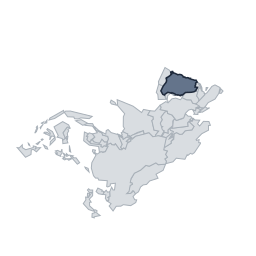 where Saudi Arabia sits in Asia, rotated 137°
{"feature_id": "SAU", "entity_name": "Saudi Arabia", "entity_type": "country or territory", "adm_level": 0, "iso_a3": "SAU", "parent_name": "Asia", "parent_adm1": "", "projection": "natural_earth1", "projection_center": [44.88, 24.248], "detail": "fine", "context": "in_parent", "style": "filled", "palette": "slate", "viewbox_px": 256, "rotation_deg": 137, "n_neighbors": 45, "source": "natural_earth", "source_scale": "50m", "svg_char_len": 16193}
<svg xmlns="http://www.w3.org/2000/svg" viewBox="0 0 256 256"><g transform="rotate(137 128 128)"><path d="M124.6,76.1L122.6,77.5L122.2,80.3L119.1,79.7L118.6,83.1L115.0,84.3L116.8,87.6L116.1,89.2L106.7,87.4L105.7,88.9L102.2,88.5L98.6,92.4L95.6,91.5L94.4,87.9L92.4,86.5L88.1,87.0L82.5,83.0L78.7,84.1L79.1,91.2L76.1,89.2L73.7,90.3L73.6,88.3L70.2,84.8L74.3,83.6L74.2,80.6L68.3,81.4L64.4,77.6L65.9,73.8L67.5,74.9L70.6,71.5L77.9,73.5L86.1,73.1L86.4,72.2L83.9,71.0L86.3,69.1L85.1,67.8L85.7,67.2L96.3,64.7L98.9,65.1L99.6,66.9L103.0,67.1L103.0,68.1L107.7,66.3L113.3,73.0L118.2,72.6L124.6,76.1Z" fill="#d9dde1" stroke="#a8b0b8" stroke-width="1"/><path d="M79.1,91.2L78.7,84.1L82.5,83.0L88.1,87.0L92.4,86.5L94.4,87.9L95.6,91.5L98.0,92.4L101.9,89.3L101.2,90.8L105.4,92.0L103.5,93.4L101.7,93.3L101.7,91.9L99.7,92.3L98.6,94.6L97.3,94.5L98.6,97.3L97.9,99.3L83.0,88.4L80.8,91.2L79.1,91.2Z" fill="#d9dde1" stroke="#a8b0b8" stroke-width="1"/><path d="M222.9,176.5L222.4,189.2L221.1,187.6L216.8,187.8L218.7,185.7L217.6,181.9L210.6,178.3L209.5,179.5L207.9,177.0L210.7,175.8L208.3,175.8L205.4,173.3L211.2,173.0L211.9,176.9L213.6,178.0L217.0,174.8L222.9,176.5ZM195.7,188.7L194.6,191.1L193.0,191.3L194.0,189.5L195.7,188.7ZM211.3,184.9L211.2,183.4L211.9,182.0L212.2,183.5L211.3,184.9ZM184.2,163.5L183.3,165.2L186.1,169.7L184.2,170.0L181.3,179.3L171.4,177.2L169.3,170.7L170.5,167.6L171.9,170.0L177.4,169.1L178.8,168.7L180.8,163.1L184.2,163.5ZM201.0,178.1L205.3,177.5L205.9,179.0L201.0,178.1ZM199.3,178.8L198.1,178.5L197.8,177.6L199.5,177.6L199.3,178.8ZM201.1,167.3L202.4,169.3L201.4,173.2L200.2,169.5L201.1,167.3ZM189.3,169.0L196.6,168.7L194.0,171.0L188.1,171.0L187.9,172.5L189.4,174.2L193.4,172.7L190.3,175.2L193.0,181.8L191.4,181.7L192.3,180.1L190.2,180.4L189.4,176.6L188.3,177.2L188.4,182.2L187.3,182.5L185.7,176.9L187.5,171.2L189.3,169.0ZM188.5,190.8L185.6,190.0L187.2,189.6L188.5,190.8ZM187.3,188.6L190.8,187.9L192.3,187.2L192.0,188.3L187.3,188.6ZM183.9,187.2L185.9,188.4L181.9,189.0L183.9,187.2ZM164.3,182.9L175.2,185.0L180.3,187.7L178.3,188.5L163.1,184.8L164.3,182.9ZM160.1,172.9L164.5,177.4L163.9,182.8L162.1,182.9L158.6,179.7L146.3,160.9L150.0,161.3L155.4,167.4L158.5,168.8L160.8,171.3L160.1,172.9Z" fill="#d9dde1" stroke="#a8b0b8" stroke-width="1"/><path d="M195.8,189.7L197.3,187.8L199.7,187.8L195.8,189.7Z" fill="#d9dde1" stroke="#a8b0b8" stroke-width="1"/><path d="M47.7,106.8L46.2,109.5L46.0,114.2L45.1,110.8L46.5,107.2L47.7,106.8Z" fill="#d9dde1" stroke="#a8b0b8" stroke-width="1"/><path d="M48.9,105.0L46.5,107.1L48.7,104.2L48.9,105.0Z" fill="#d9dde1" stroke="#a8b0b8" stroke-width="1"/><path d="M47.2,108.5L46.1,110.5L46.6,108.2L47.2,108.5Z" fill="#d9dde1" stroke="#a8b0b8" stroke-width="1"/><path d="M47.2,108.5L52.4,106.6L53.0,109.0L49.5,110.2L51.0,112.2L47.9,114.7L46.0,114.2L47.2,108.5Z" fill="#d9dde1" stroke="#a8b0b8" stroke-width="1"/><path d="M72.9,124.4L76.9,124.6L80.5,121.5L78.6,127.8L73.7,126.8L72.9,124.4Z" fill="#d9dde1" stroke="#a8b0b8" stroke-width="1"/><path d="M71.7,123.4L71.5,122.0L72.4,120.8L72.9,122.5L71.7,123.4Z" fill="#d9dde1" stroke="#a8b0b8" stroke-width="1"/><path d="M65.9,113.1L67.7,116.0L64.7,114.9L65.9,113.1Z" fill="#d9dde1" stroke="#a8b0b8" stroke-width="1"/><path d="M53.0,109.0L52.4,106.6L55.9,104.6L56.4,100.8L58.7,98.8L61.9,99.2L63.9,102.1L62.9,105.4L65.9,108.4L67.9,113.3L61.7,114.8L53.0,109.0Z" fill="#d9dde1" stroke="#a8b0b8" stroke-width="1"/><path d="M78.9,127.4L80.7,123.1L86.4,128.2L83.3,132.2L83.1,134.7L75.6,139.2L73.7,134.6L78.7,132.7L79.7,128.8L78.9,127.4ZM80.8,120.4L80.2,120.9L80.6,120.2L80.8,120.4Z" fill="#d9dde1" stroke="#a8b0b8" stroke-width="1"/><path d="M158.0,147.9L158.4,143.9L163.5,144.6L164.2,143.2L166.2,145.2L166.1,147.6L163.4,149.1L164.2,150.2L159.7,150.9L158.0,147.9Z" fill="#d9dde1" stroke="#a8b0b8" stroke-width="1"/><path d="M162.1,143.8L158.4,143.9L158.0,147.9L153.7,145.5L152.7,153.6L157.7,159.4L156.1,160.5L150.9,155.3L153.0,148.4L150.4,142.2L151.4,140.1L148.5,135.7L149.8,133.2L152.7,131.9L154.8,133.7L154.8,137.5L158.2,136.0L160.8,137.7L162.5,141.3L162.1,143.8Z" fill="#d9dde1" stroke="#a8b0b8" stroke-width="1"/><path d="M165.7,144.0L162.1,143.8L162.5,141.3L159.4,136.1L154.8,137.5L154.8,133.7L152.7,131.9L155.4,130.4L154.9,128.2L157.7,131.2L159.8,131.2L160.6,132.9L159.1,134.1L165.3,140.6L165.7,144.0Z" fill="#d9dde1" stroke="#a8b0b8" stroke-width="1"/><path d="M152.7,131.9L149.8,133.2L148.5,135.7L151.4,140.1L150.4,142.2L153.0,148.4L151.5,152.2L151.1,146.1L148.4,138.7L145.6,141.0L143.6,140.4L143.5,136.2L139.7,129.8L143.4,119.9L146.5,118.9L146.5,116.6L148.9,118.0L148.0,125.1L149.6,124.8L151.3,126.9L151.0,128.6L154.2,129.1L152.7,131.9Z" fill="#d9dde1" stroke="#a8b0b8" stroke-width="1"/><path d="M161.1,151.2L164.2,150.2L163.4,149.1L166.1,147.6L165.9,142.0L159.1,134.1L160.6,132.9L159.8,131.2L157.7,131.2L155.7,127.9L160.7,126.1L165.5,129.7L162.1,134.5L168.0,141.9L169.1,148.9L162.6,154.8L161.1,151.2Z" fill="#d9dde1" stroke="#a8b0b8" stroke-width="1"/><path d="M193.1,89.1L192.6,92.0L189.8,94.2L191.7,96.9L186.4,97.4L186.7,94.9L184.7,93.9L185.6,92.6L187.7,90.2L189.9,90.9L189.4,89.9L191.7,88.0L193.1,89.1Z" fill="#d9dde1" stroke="#a8b0b8" stroke-width="1"/><path d="M188.8,98.1L191.7,96.4L194.4,100.0L194.7,103.3L191.0,104.6L189.2,100.1L190.3,99.7L188.8,98.1Z" fill="#d9dde1" stroke="#a8b0b8" stroke-width="1"/><path d="M125.2,75.9L131.2,73.1L139.0,75.1L140.3,70.8L148.3,74.5L152.9,74.1L155.7,76.0L159.0,76.3L163.8,74.2L167.5,74.8L167.4,78.9L170.6,78.3L173.8,80.2L165.6,84.5L163.0,83.9L162.6,85.1L163.7,86.5L161.9,88.2L154.2,90.6L147.4,88.6L140.5,88.5L138.4,85.5L131.4,83.5L130.9,80.5L125.2,75.9Z" fill="#d9dde1" stroke="#a8b0b8" stroke-width="1"/><path d="M146.5,116.6L146.5,118.9L143.4,119.9L140.2,128.7L139.1,125.6L138.5,126.9L137.5,125.9L139.2,123.0L135.2,122.4L132.8,120.1L132.3,121.4L133.6,122.5L132.3,123.9L133.4,124.4L134.1,129.4L131.0,129.8L130.4,132.4L123.7,139.4L120.7,140.7L120.3,151.4L116.6,156.1L109.4,140.5L107.5,130.0L104.0,131.0L100.0,125.5L104.6,124.2L101.9,119.1L103.5,117.1L105.4,117.2L110.4,108.7L107.6,104.8L112.5,104.1L113.9,102.5L115.8,104.7L116.0,110.2L120.1,112.8L118.7,115.5L124.1,118.3L132.0,120.2L132.7,116.9L133.1,118.8L134.6,119.6L138.3,119.3L137.6,117.5L144.3,114.2L144.8,116.3L146.5,116.6Z" fill="#d9dde1" stroke="#a8b0b8" stroke-width="1"/><path d="M139.1,125.6L140.0,131.4L138.1,127.3L136.6,127.2L136.3,129.1L134.3,128.7L132.3,123.9L133.6,122.5L132.3,121.4L132.8,120.1L135.2,122.4L139.2,123.0L137.5,125.9L138.5,126.9L139.1,125.6Z" fill="#d9dde1" stroke="#a8b0b8" stroke-width="1"/><path d="M137.6,117.5L138.3,119.3L133.1,118.8L134.7,116.5L137.6,117.5Z" fill="#d9dde1" stroke="#a8b0b8" stroke-width="1"/><path d="M131.8,117.3L132.0,120.2L130.6,120.2L118.7,115.5L120.7,112.4L128.0,116.7L131.8,117.3Z" fill="#d9dde1" stroke="#a8b0b8" stroke-width="1"/><path d="M113.9,102.5L112.5,104.1L107.6,104.8L110.4,108.7L105.4,117.2L103.5,117.1L101.9,119.1L104.6,124.2L100.0,125.5L96.9,122.1L89.0,122.8L89.6,120.5L91.9,119.5L87.7,113.5L90.4,114.5L96.4,113.4L97.2,110.6L101.0,109.5L104.3,100.5L109.4,99.3L111.2,101.7L113.9,102.5Z" fill="#d9dde1" stroke="#a8b0b8" stroke-width="1"/><path d="M93.1,99.3L100.0,99.2L102.3,96.6L104.2,100.0L106.3,98.6L109.4,99.3L103.4,101.3L104.1,103.1L103.2,105.4L101.7,105.3L102.4,106.6L101.0,109.5L97.2,110.6L96.4,113.4L90.4,114.5L87.7,113.5L89.1,111.7L86.9,107.4L87.7,102.2L90.5,102.6L93.1,99.3Z" fill="#d9dde1" stroke="#a8b0b8" stroke-width="1"/><path d="M97.9,99.3L98.6,97.3L97.3,94.5L101.7,91.9L102.4,93.2L100.1,94.6L106.6,94.8L109.0,98.7L104.2,100.0L102.3,96.6L100.0,99.2L97.9,99.3Z" fill="#d9dde1" stroke="#a8b0b8" stroke-width="1"/><path d="M101.9,89.3L105.7,88.9L106.7,87.4L116.1,89.2L106.6,94.8L100.1,94.6L100.1,93.5L105.4,92.0L101.2,90.8L101.9,89.3Z" fill="#d9dde1" stroke="#a8b0b8" stroke-width="1"/><path d="M73.7,90.3L76.1,89.2L78.3,91.3L80.8,91.2L83.0,88.4L95.8,97.6L95.8,98.8L94.6,98.3L89.3,102.9L87.7,102.2L87.5,100.5L81.4,97.5L76.2,99.1L76.0,95.7L74.1,93.7L74.4,92.0L77.2,91.9L75.6,89.6L74.2,91.5L73.7,90.3Z" fill="#d9dde1" stroke="#a8b0b8" stroke-width="1"/><path d="M67.9,113.3L65.9,108.4L62.9,105.4L63.9,102.1L61.0,97.6L60.8,94.8L64.0,96.2L66.9,94.5L68.8,98.4L71.4,99.8L76.0,99.6L80.3,97.4L87.5,100.5L86.9,107.4L89.1,111.7L87.7,113.5L91.9,119.5L89.6,120.5L89.0,122.8L82.3,121.5L81.6,119.1L76.0,119.4L72.7,117.3L70.4,112.9L67.9,113.3Z" fill="#d9dde1" stroke="#a8b0b8" stroke-width="1"/><path d="M47.5,107.9L48.9,105.0L47.9,102.6L49.3,99.9L58.1,99.1L56.4,100.8L55.9,104.6L49.2,108.7L47.5,107.9Z" fill="#d9dde1" stroke="#a8b0b8" stroke-width="1"/><path d="M64.5,96.1L60.1,93.2L60.0,91.6L63.1,92.1L64.5,96.1Z" fill="#d9dde1" stroke="#a8b0b8" stroke-width="1"/><path d="M61.9,99.2L49.3,99.9L48.3,101.8L48.4,100.2L46.1,99.9L38.2,101.2L35.0,100.2L33.1,94.8L38.0,91.4L44.6,89.8L52.0,91.9L58.6,90.7L61.9,94.3L60.8,94.8L61.9,99.2ZM33.3,90.2L36.2,89.8L37.6,91.2L33.4,93.4L33.3,90.2Z" fill="#d9dde1" stroke="#a8b0b8" stroke-width="1"/><path d="M123.7,156.9L123.5,158.9L121.3,159.9L120.1,155.6L120.8,152.5L123.7,156.9Z" fill="#d9dde1" stroke="#a8b0b8" stroke-width="1"/><path d="M168.5,136.2L166.9,133.9L170.3,132.5L169.9,135.3L168.5,136.2ZM106.6,94.8L116.8,87.6L115.0,84.3L118.6,83.1L119.1,79.7L122.2,80.3L122.6,77.5L125.2,75.9L130.9,80.5L131.4,83.5L138.4,85.5L140.5,88.5L147.4,88.6L154.2,90.6L160.3,88.9L163.7,86.5L162.6,85.1L163.0,83.9L165.6,84.5L170.5,80.9L173.8,80.9L170.6,78.3L166.8,78.1L167.5,74.8L171.1,74.4L172.0,71.0L170.7,69.5L173.2,68.2L179.0,69.4L183.7,75.1L186.5,75.7L190.0,78.8L195.5,77.5L195.0,83.8L192.0,84.2L193.1,89.1L191.7,88.0L189.4,89.9L189.9,90.9L187.7,90.2L184.7,93.9L180.3,95.9L181.2,92.9L180.1,91.9L174.9,96.2L179.0,99.2L180.4,97.8L183.0,98.7L183.5,99.7L179.1,103.6L184.9,109.9L184.2,111.9L185.9,113.5L185.8,116.6L182.1,123.8L178.1,127.3L170.0,130.0L169.7,132.0L168.8,132.1L168.5,130.0L163.8,129.1L163.1,127.2L160.7,126.1L154.9,128.2L155.4,130.4L151.0,128.6L151.3,126.9L149.6,124.8L148.0,125.1L148.9,118.0L147.5,116.4L144.8,116.3L144.3,114.2L138.8,117.3L134.7,116.5L133.0,118.4L132.7,116.9L128.0,116.7L116.0,110.2L115.8,104.7L111.2,101.7L106.6,94.8Z" fill="#d9dde1" stroke="#a8b0b8" stroke-width="1"/><path d="M186.5,122.4L186.7,127.2L186.2,128.8L184.7,125.7L186.5,122.4Z" fill="#d9dde1" stroke="#a8b0b8" stroke-width="1"/><path d="M64.4,90.1L66.5,91.5L67.7,90.2L70.5,93.2L69.3,93.4L68.3,97.0L66.9,94.5L64.5,96.1L63.2,93.9L62.2,91.3L64.5,91.7L64.4,90.1ZM64.0,96.2L62.9,95.9L61.9,94.3L63.4,94.7L64.0,96.2Z" fill="#d9dde1" stroke="#a8b0b8" stroke-width="1"/><path d="M54.5,87.1L62.9,88.9L64.7,91.4L56.9,90.7L56.8,88.6L54.5,87.1Z" fill="#d9dde1" stroke="#a8b0b8" stroke-width="1"/><path d="M189.1,147.8L187.3,145.4L189.4,146.2L189.1,147.8ZM192.4,154.0L192.0,150.4L192.8,151.6L193.9,149.7L192.4,154.0ZM196.3,152.6L198.5,157.6L198.0,159.3L197.3,157.4L196.5,158.3L196.7,160.7L194.7,159.6L193.5,156.3L190.7,157.6L193.2,154.6L196.5,154.1L196.3,152.6ZM186.7,151.0L182.7,155.3L186.3,149.5L186.7,151.0ZM189.7,136.1L189.5,143.7L193.3,144.8L193.7,147.2L191.6,145.2L187.8,144.6L188.2,143.3L186.3,141.6L187.0,135.6L189.7,136.1ZM190.5,151.3L190.1,148.4L192.2,149.0L190.5,151.3ZM196.1,147.9L196.7,150.1L195.4,149.6L195.2,151.8L194.0,147.1L196.1,147.9Z" fill="#d9dde1" stroke="#a8b0b8" stroke-width="1"/><path d="M154.3,159.0L159.2,160.8L161.4,169.0L156.6,166.1L154.3,159.0ZM184.2,163.5L180.8,163.1L178.8,168.7L171.9,170.0L170.8,168.9L170.5,167.6L173.0,167.9L173.3,166.3L176.0,165.5L178.0,162.7L179.9,163.1L182.1,158.1L186.3,161.0L184.2,163.5Z" fill="#d9dde1" stroke="#a8b0b8" stroke-width="1"/><path d="M180.0,160.9L179.9,163.1L178.8,163.7L178.0,162.7L180.0,160.9Z" fill="#d9dde1" stroke="#a8b0b8" stroke-width="1"/><path d="M212.4,95.3L212.3,103.2L207.8,104.2L206.1,106.4L204.4,104.2L198.3,105.6L200.3,107.0L200.0,110.3L198.2,110.4L198.2,108.7L196.1,106.7L200.1,102.6L204.9,102.4L205.5,98.9L206.8,99.9L209.2,97.2L208.7,91.4L210.2,91.1L212.4,95.3ZM213.3,86.1L214.0,85.3L215.2,87.4L212.5,89.9L209.6,88.5L209.6,90.7L207.9,90.7L207.0,88.8L208.8,87.2L208.1,83.0L213.3,86.1ZM200.7,106.4L202.7,104.7L204.3,105.8L202.1,107.9L200.7,106.4Z" fill="#d9dde1" stroke="#a8b0b8" stroke-width="1"/><path d="M73.7,134.6L75.6,139.2L74.1,141.2L59.7,147.0L58.3,142.0L59.5,137.4L65.5,138.6L69.0,135.4L73.7,134.6Z" fill="#d9dde1" stroke="#a8b0b8" stroke-width="1"/><path d="M45.8,102.1L43.2,104.3L42.1,103.2L45.8,102.1Z" fill="#d9dde1" stroke="#a8b0b8" stroke-width="1"/><path d="M73.7,134.6L73.3,134.7L72.9,134.8L72.5,134.8L72.0,134.9L71.6,135.0L71.0,135.1L70.5,135.1L70.0,135.2L69.5,135.3L69.1,135.4L68.9,135.4L68.6,135.6L68.1,135.9L67.7,136.1L67.5,136.3L67.2,136.6L67.1,136.8L66.9,137.1L66.7,137.4L66.5,137.6L66.4,137.9L66.3,138.3L66.1,138.4L65.9,138.5L65.5,138.6L65.3,138.4L65.2,138.1L64.7,138.0L64.4,138.1L64.0,138.0L63.5,138.0L63.1,137.9L62.9,137.9L62.6,137.7L62.1,137.7L61.8,137.7L61.5,137.7L61.2,137.7L60.8,137.7L60.7,137.8L60.4,137.9L60.2,137.8L60.0,137.7L59.9,137.6L59.7,137.5L59.4,137.6L59.2,137.8L59.3,138.0L59.2,138.1L59.1,138.3L59.1,138.6L59.2,138.8L59.2,139.0L59.0,139.3L58.9,139.5L58.6,139.7L58.5,139.4L58.5,139.2L58.4,139.0L58.3,138.9L58.2,138.8L58.2,138.6L58.0,138.4L57.9,138.3L57.8,138.0L57.8,137.7L57.4,137.2L56.9,136.8L56.7,136.6L56.5,136.1L56.3,135.7L56.0,135.2L55.9,134.9L55.9,134.6L55.5,133.7L55.4,133.5L55.3,133.4L55.3,133.2L55.2,133.2L54.8,132.7L54.1,132.2L53.8,132.1L53.6,131.9L53.4,131.7L53.2,131.2L52.8,130.8L52.5,130.1L52.6,129.9L52.6,129.7L52.5,129.4L52.4,129.2L52.4,128.7L52.5,128.4L52.5,128.2L52.5,127.6L52.4,127.4L52.3,127.2L52.2,127.1L52.3,127.1L52.1,126.9L52.1,126.7L51.9,126.2L51.7,125.7L51.6,125.4L51.3,125.1L51.0,124.8L50.8,124.6L50.7,124.5L50.4,124.3L50.2,124.3L49.9,124.0L49.8,123.7L49.5,123.3L49.6,123.2L49.6,122.8L49.6,122.6L49.5,122.4L49.1,121.7L48.9,121.5L48.8,121.2L48.7,120.9L48.1,119.8L47.8,119.5L47.7,119.3L47.4,118.9L47.3,118.5L47.0,118.2L46.8,117.6L46.4,117.0L46.2,116.9L45.8,116.9L45.6,116.8L45.5,117.0L45.5,116.8L45.6,116.6L45.8,116.1L45.8,115.7L46.1,114.4L46.4,114.5L46.7,114.6L47.1,114.6L47.5,114.7L47.8,114.8L47.9,114.7L48.2,114.4L48.5,114.2L48.7,113.8L48.9,113.5L49.0,113.4L49.3,113.4L49.7,113.3L50.1,113.2L50.3,112.9L50.4,112.6L50.5,112.5L50.8,112.3L51.0,112.2L50.7,111.9L50.5,111.6L50.2,111.2L50.0,110.9L49.6,110.5L49.4,110.3L49.8,110.1L50.2,110.0L50.7,109.9L51.2,109.7L51.7,109.6L52.3,109.4L52.6,109.3L52.9,109.0L53.2,109.1L53.8,109.2L54.3,109.3L54.8,109.4L55.0,109.5L55.5,109.8L55.9,110.0L56.3,110.3L56.8,110.6L57.1,110.8L57.5,111.1L57.9,111.4L58.3,111.8L58.8,112.2L59.2,112.5L59.7,113.0L60.2,113.5L60.8,113.9L61.2,114.3L61.7,114.7L61.8,114.8L62.3,114.8L63.0,114.9L63.7,114.9L64.4,115.0L64.7,114.9L65.0,115.0L65.4,115.0L65.7,115.1L66.1,115.1L66.3,115.4L66.3,115.7L66.4,115.9L66.5,116.0L66.8,116.0L67.1,116.0L67.5,116.0L67.8,116.0L67.9,116.4L68.1,116.8L68.3,117.2L68.4,117.3L68.4,117.5L68.5,117.8L68.8,118.0L69.1,118.1L69.1,118.4L69.3,118.7L69.6,118.7L69.8,119.1L70.3,119.4L70.6,119.7L70.4,119.7L70.3,119.8L70.4,120.0L70.5,120.1L70.7,120.4L70.6,120.8L70.4,120.7L70.4,120.8L70.5,121.1L70.5,121.3L70.6,121.5L70.8,121.8L71.1,122.1L71.2,122.3L71.2,122.8L71.4,123.0L71.5,123.2L71.7,123.3L71.7,123.6L71.9,123.7L71.9,123.8L72.0,123.8L72.3,123.7L72.5,123.8L72.6,124.0L72.6,124.3L72.8,124.3L72.9,124.6L73.0,124.7L73.0,124.8L73.2,125.1L73.3,125.2L73.4,125.3L73.5,125.5L73.7,125.8L73.8,126.0L74.0,126.2L74.1,126.3L74.2,126.5L74.3,126.6L74.5,126.9L74.6,127.0L74.9,127.0L75.1,127.0L75.3,127.1L75.6,127.1L75.9,127.2L76.3,127.2L76.6,127.3L77.0,127.3L77.4,127.4L77.7,127.4L78.0,127.5L78.4,127.5L78.6,127.5L78.8,127.6L78.9,127.4L79.0,127.6L79.1,127.8L79.2,128.1L79.4,128.3L79.5,128.6L79.6,128.8L79.6,129.0L79.5,129.4L79.4,129.6L79.4,129.8L79.3,130.1L79.2,130.3L79.2,130.5L79.1,130.9L79.0,131.1L79.0,131.3L78.9,131.6L78.9,131.8L78.8,132.0L78.7,132.2L78.7,132.4L78.6,132.7L78.4,132.8L78.2,132.9L77.9,133.0L77.6,133.1L77.3,133.2L77.0,133.3L76.8,133.4L76.5,133.5L76.2,133.6L75.9,133.8L75.6,133.9L75.3,134.0L75.1,134.1L74.8,134.2L74.5,134.3L74.2,134.4L73.9,134.5L73.7,134.6ZM57.2,139.1L57.4,139.1L57.4,138.9L57.5,139.1L57.5,139.3L57.4,139.3L57.4,139.2L57.2,139.2L56.9,138.9L57.0,138.8L57.0,138.7L57.2,138.9L57.2,139.0L57.2,139.1ZM49.1,122.2L48.9,122.1L48.8,121.9L48.5,121.8L48.4,121.7L48.5,121.6L48.8,121.8L49.1,122.1L49.1,122.2ZM48.6,121.5L48.5,121.4L48.6,121.5L48.6,121.5Z" fill="#64748b" stroke="#1e293b" stroke-width="1.5"/></g></svg>